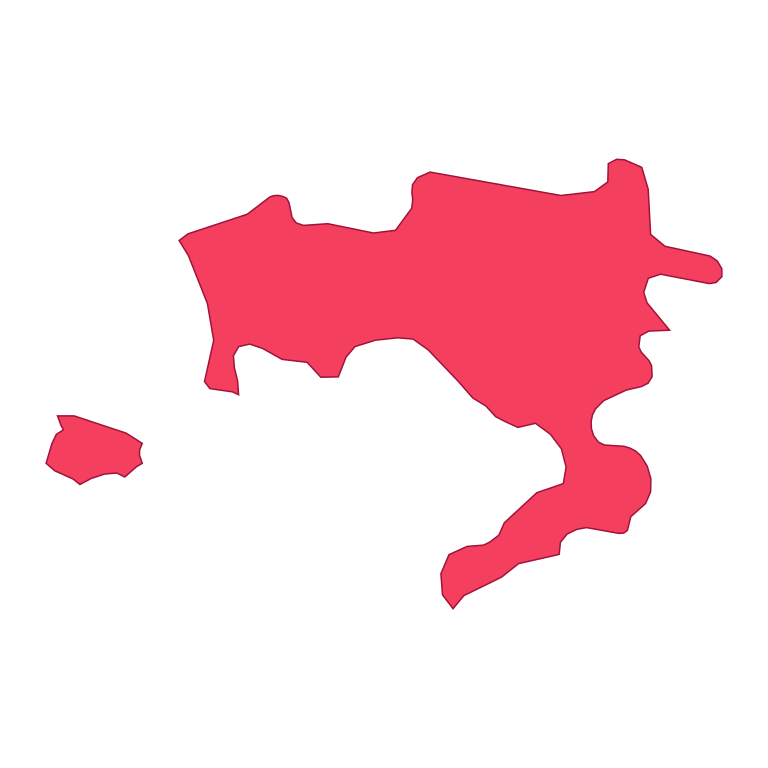 the Province of Napoli
{"feature_id": "ITA-5397", "entity_name": "Napoli", "entity_type": "Province", "adm_level": 1, "iso_a3": "ITA", "parent_name": "Italy", "parent_adm1": "", "projection": "robinson", "projection_center": [14.319, 40.794], "detail": "fine", "context": "isolated", "style": "filled", "palette": "rose", "viewbox_px": 768, "rotation_deg": 0, "n_neighbors": 0, "source": "natural_earth", "source_scale": "10m", "svg_char_len": 1874}
<svg xmlns="http://www.w3.org/2000/svg" viewBox="0 0 768 768"><path d="M559.2,554.4L518.6,563.6L501.6,577.1L463.9,595.6L453.0,608.7L442.5,594.8L440.9,573.7L449.0,554.6L467.1,546.4L483.6,545.1L489.9,542.0L498.9,535.1L504.3,522.8L536.8,492.7L563.3,483.6L566.1,467.1L561.4,448.8L550.3,434.2L535.5,423.3L517.9,427.4L504.8,421.4L495.7,416.7L485.9,406.0L472.8,398.0L458.2,381.3L428.1,349.8L413.1,339.1L397.9,337.8L375.3,340.2L355.0,346.6L346.0,357.2L338.3,376.9L320.8,377.2L307.1,362.3L282.1,359.4L262.5,348.4L249.7,344.1L238.7,346.6L233.4,355.8L234.4,367.7L237.6,381.0L238.6,394.7L232.6,391.9L209.9,388.6L204.5,381.6L213.7,340.3L207.4,303.5L188.4,255.6L179.1,240.5L188.1,233.8L247.3,214.2L269.8,197.0L273.9,195.6L278.2,195.4L282.4,196.3L286.5,198.1L289.0,202.5L292.1,217.5L296.2,222.9L303.6,225.4L327.8,223.7L373.3,233.0L395.5,230.3L411.7,208.3L412.7,200.0L411.9,192.2L412.5,184.8L417.5,177.6L430.1,172.1L560.9,195.5L594.5,191.6L607.8,181.9L608.3,163.6L616.6,159.3L624.5,159.8L641.8,167.4L648.2,189.2L650.6,234.4L665.0,246.3L710.2,256.1L717.3,261.0L721.8,268.7L721.9,276.6L716.1,282.5L709.3,283.6L660.4,274.2L648.3,278.3L643.7,292.4L647.1,302.9L669.6,330.2L648.7,331.1L640.2,335.8L638.8,346.9L641.3,352.2L649.1,360.8L651.6,365.8L652.1,376.7L648.1,383.2L641.2,386.6L626.2,390.1L603.6,400.7L595.7,408.7L592.5,414.8L591.1,421.7L591.5,428.9L593.6,435.6L598.3,442.0L604.3,445.0L624.0,446.3L630.0,448.1L635.7,451.1L640.6,455.5L647.2,466.1L650.9,478.8L650.6,491.9L645.6,503.5L630.8,516.7L627.4,530.4L623.7,533.1L618.9,533.4L586.5,527.6L576.7,529.4L567.1,534.1L560.4,542.3L559.2,554.4ZM124.8,477.0L116.7,473.0L104.3,474.1L90.9,478.6L79.9,484.5L73.2,479.1L54.8,470.8L46.1,463.3L51.9,443.6L56.3,434.4L63.5,429.7L61.1,425.7L57.5,415.9L74.2,415.9L126.3,433.2L142.3,443.4L139.7,449.5L139.5,455.4L142.3,463.3L136.4,466.8L124.8,477.0Z" fill="#f43f5e" stroke="#9f1239" stroke-width="1.5"/></svg>